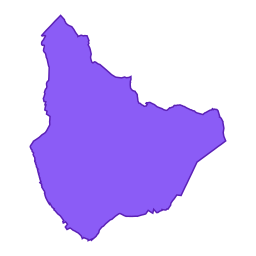 Naranjal, Veracruz, Mexico
{"feature_id": "50627088B92429931973873", "entity_name": "Naranjal", "entity_type": "district", "adm_level": 2, "iso_a3": "MEX", "parent_name": "Mexico", "parent_adm1": "Veracruz", "projection": "natural_earth1", "projection_center": [-96.958, 18.798], "detail": "fine", "context": "isolated", "style": "filled", "palette": "violet", "viewbox_px": 256, "rotation_deg": 0, "n_neighbors": 0, "source": "geoboundaries", "source_scale": "gbopen_adm2", "svg_char_len": 4703}
<svg xmlns="http://www.w3.org/2000/svg" viewBox="0 0 256 256"><path d="M218.0,110.7L216.8,109.5L215.5,109.4L214.6,109.1L213.5,109.6L212.6,108.6L212.4,108.7L212.3,108.8L212.1,109.3L212.1,109.5L212.0,109.8L210.0,110.2L207.6,111.5L207.3,111.6L206.2,112.4L205.1,112.7L203.5,114.0L203.0,114.5L202.5,114.4L201.7,114.2L200.6,113.9L199.2,113.5L198.5,113.3L197.3,113.0L196.8,112.8L195.6,112.2L195.3,111.9L194.6,111.1L194.2,110.9L192.8,110.7L191.8,110.1L191.5,109.9L190.0,109.6L189.1,109.0L188.6,108.8L186.7,107.9L185.6,107.3L184.6,106.6L183.7,106.4L182.6,106.0L182.3,105.7L180.7,105.2L180.1,104.9L178.8,105.1L178.1,105.2L177.6,105.1L177.0,105.2L176.3,105.5L174.3,105.4L173.2,106.6L172.9,107.0L171.7,107.3L170.0,108.0L169.7,107.8L167.3,110.1L166.1,110.4L163.7,109.7L162.6,109.0L162.0,108.6L160.5,108.1L157.1,106.8L155.3,105.3L154.4,104.6L151.2,103.1L150.5,102.6L149.4,102.4L147.6,102.8L146.5,102.7L145.9,103.5L147.2,104.4L146.3,105.9L144.8,106.2L144.4,106.3L143.8,106.0L143.1,105.4L141.6,104.7L140.2,103.4L139.0,103.2L138.0,101.2L137.9,100.7L137.6,97.8L137.4,96.8L137.3,95.8L137.3,94.8L136.6,93.5L135.5,92.2L135.2,91.4L132.5,90.5L130.6,88.3L130.4,86.8L130.2,84.5L130.3,82.5L130.5,82.4L130.3,81.3L130.7,80.2L131.0,79.2L130.9,77.8L130.9,76.5L129.1,77.4L126.8,77.7L126.3,77.7L124.6,77.0L121.9,77.8L121.6,77.9L116.0,77.2L115.7,77.2L111.5,74.6L108.6,72.0L104.4,68.3L99.9,64.5L98.3,64.0L97.2,63.3L97.1,63.2L96.0,62.4L95.6,62.1L95.2,62.0L94.8,61.9L94.3,61.9L93.7,62.4L93.1,62.8L92.7,62.7L92.4,62.7L91.8,62.0L91.4,60.9L91.0,59.6L90.6,58.1L90.6,56.7L91.2,54.1L90.2,49.4L89.7,47.8L88.1,44.7L88.9,43.5L88.4,41.7L88.5,41.2L89.0,40.7L87.6,37.2L87.1,35.8L84.6,35.6L83.6,35.9L81.1,35.2L77.9,36.5L77.9,35.6L76.5,33.8L75.5,32.4L73.8,29.4L71.8,26.7L68.9,25.5L67.6,24.7L66.0,23.3L65.4,22.1L64.6,20.7L64.4,19.6L60.6,15.4L58.5,17.6L55.2,20.9L51.9,24.5L50.0,26.5L46.3,30.3L44.2,32.6L42.3,34.8L41.7,35.4L42.1,36.0L43.7,35.7L45.0,35.5L45.5,36.0L44.9,37.1L44.2,38.2L43.5,39.7L42.5,40.9L41.7,42.2L41.6,43.5L41.7,44.6L42.3,45.2L42.5,45.3L43.5,45.1L44.3,45.4L44.3,46.6L44.0,48.0L43.7,48.8L43.5,50.6L43.7,51.2L44.3,52.2L45.2,53.1L45.5,53.6L45.8,54.7L46.1,56.1L46.2,57.2L47.1,59.1L48.6,66.0L49.2,67.2L48.9,77.4L48.7,80.2L48.0,81.0L47.0,82.1L46.5,83.6L46.6,85.1L46.9,86.7L46.4,88.4L45.5,89.2L44.7,91.5L44.4,92.5L45.0,93.6L44.5,95.1L43.8,97.4L43.3,98.4L44.0,101.5L45.0,101.6L45.8,101.8L44.9,104.8L45.9,104.9L45.3,107.1L45.1,108.1L44.8,110.0L47.0,111.2L46.5,114.1L47.6,114.8L50.0,116.4L50.0,116.6L49.8,120.1L49.6,121.9L49.7,122.5L49.8,124.8L46.7,130.6L45.4,132.5L43.8,133.7L42.1,134.7L39.3,137.3L36.4,139.3L33.3,141.3L33.1,142.0L31.3,144.6L30.3,146.2L30.3,147.1L30.6,147.6L31.1,149.0L31.9,149.7L32.2,151.6L32.8,152.0L33.6,153.0L33.1,154.5L34.0,156.5L34.7,157.4L34.9,159.5L34.9,159.8L35.1,160.5L34.7,160.8L34.9,161.9L35.5,162.2L35.7,163.0L35.5,163.5L35.7,164.1L36.4,165.3L36.3,165.7L36.5,167.0L36.8,167.2L37.2,168.1L37.3,168.5L37.8,168.9L37.4,169.0L38.2,172.6L38.8,173.0L38.9,173.5L38.5,173.8L38.8,174.9L39.1,175.3L39.1,175.7L39.4,176.9L39.5,177.5L40.0,178.1L39.8,178.7L41.0,181.9L40.1,182.2L39.8,182.6L41.2,183.8L41.7,184.2L41.7,184.6L41.5,185.1L41.6,185.7L41.9,186.2L41.9,187.4L42.5,188.2L43.4,189.8L43.8,190.4L44.3,190.9L44.6,191.9L44.9,192.9L44.5,193.2L44.8,194.0L45.0,195.2L45.8,197.7L47.1,200.3L48.8,203.3L49.5,204.3L49.9,203.4L52.3,207.5L54.3,208.8L53.9,209.8L54.9,210.5L57.7,213.8L60.3,215.8L63.7,220.5L62.8,221.5L63.3,223.0L65.1,222.2L65.4,221.8L66.1,222.4L67.5,224.2L65.3,227.0L67.0,229.5L70.0,228.0L71.1,228.6L72.9,230.1L75.2,231.2L75.9,231.7L78.3,233.0L81.0,235.6L81.4,236.3L81.7,237.1L82.2,237.9L82.3,238.6L83.6,237.8L83.7,237.6L88.1,239.4L88.1,240.1L88.1,240.6L91.6,239.2L91.2,239.9L91.4,240.3L96.0,236.4L97.5,234.1L97.8,234.0L98.7,232.7L99.4,230.0L101.9,227.0L103.5,226.1L105.6,223.8L107.8,221.9L110.3,219.8L111.9,219.3L115.4,216.2L117.0,215.1L118.8,213.8L119.9,213.5L121.2,214.0L124.0,215.5L126.0,216.3L132.0,216.4L136.2,216.2L137.3,216.3L141.6,215.0L143.8,214.5L145.7,213.9L146.8,212.4L147.2,211.7L147.7,211.1L148.0,210.8L148.2,210.4L148.6,210.7L148.9,210.8L151.5,212.5L152.1,212.8L152.8,213.2L153.7,209.3L156.6,212.6L157.9,212.5L158.7,211.9L159.3,211.5L160.4,210.9L162.0,210.4L162.0,209.5L163.5,209.8L165.6,210.0L166.2,209.8L166.9,209.0L167.9,209.1L167.9,208.7L168.5,208.5L168.8,207.8L170.6,205.3L170.9,203.2L172.5,200.8L174.2,198.8L176.8,195.0L181.1,195.5L182.1,193.3L185.1,187.0L186.8,183.6L189.0,178.9L191.8,173.1L194.0,168.4L197.0,162.1L201.3,158.9L203.9,157.0L208.9,153.3L214.1,149.5L218.2,146.4L220.8,144.6L225.7,140.9L225.3,140.0L223.8,136.2L223.2,132.6L223.9,128.2L223.4,125.4L222.9,122.6L223.0,121.8L221.3,118.5L220.3,117.3L219.5,117.1L219.6,116.1L218.0,110.7Z" fill="#8b5cf6" stroke="#5b21b6" stroke-width="1.5"/></svg>